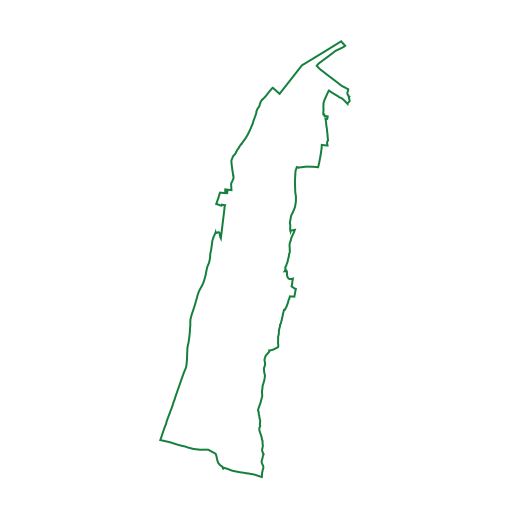 Cernatesti, Dolj, Romania, rotated 274°
{"feature_id": "2599482B72523042760761", "entity_name": "Cernatesti", "entity_type": "district", "adm_level": 2, "iso_a3": "ROU", "parent_name": "Romania", "parent_adm1": "Dolj", "projection": "equal_earth", "projection_center": [23.471, 44.445], "detail": "fine", "context": "isolated", "style": "outline", "palette": "green", "viewbox_px": 512, "rotation_deg": 274, "n_neighbors": 0, "source": "geoboundaries", "source_scale": "gbopen_adm2", "svg_char_len": 6048}
<svg xmlns="http://www.w3.org/2000/svg" viewBox="0 0 512 512"><g transform="rotate(274 256 256)"><path d="M476.1,326.0L465.4,311.1L449.4,288.5L419.4,268.2L425.0,261.0L424.7,260.6L420.9,257.8L416.2,254.6L413.0,252.0L412.8,251.5L412.4,251.4L412.1,251.0L409.9,249.8L408.7,249.6L407.6,249.1L407.0,249.2L406.1,249.0L404.6,248.3L403.1,247.3L400.2,246.3L399.9,246.3L399.0,246.4L398.4,246.2L396.3,245.8L395.7,245.5L393.0,244.8L391.6,244.3L386.8,243.2L384.5,242.3L382.8,241.8L379.4,240.5L378.4,240.0L377.1,239.6L371.6,236.8L370.5,235.9L367.5,234.2L367.3,233.9L367.0,234.0L366.5,233.4L364.8,232.3L361.9,230.9L361.4,230.4L359.9,229.6L359.3,229.4L358.6,229.0L357.7,228.7L356.9,228.4L355.5,227.5L354.0,226.2L349.9,224.9L349.0,224.8L346.7,225.1L341.2,226.2L338.1,226.9L334.7,227.6L334.7,227.8L333.1,228.1L332.1,228.1L331.1,227.9L330.2,227.5L329.2,227.3L327.6,226.5L327.0,226.3L326.4,226.2L325.2,226.2L323.3,226.5L320.0,226.9L320.3,220.7L318.6,220.8L318.6,222.9L318.2,223.0L317.9,222.8L317.5,222.8L316.8,222.9L316.6,222.7L316.7,215.6L311.2,214.4L305.8,212.9L305.1,212.7L304.6,215.1L304.1,216.4L303.8,218.0L304.8,218.3L304.6,219.5L304.7,219.9L304.5,221.6L303.7,221.4L302.8,221.2L300.4,221.2L271.2,219.7L272.7,218.9L276.0,218.1L276.6,217.8L277.0,217.4L277.1,217.0L277.1,216.6L276.4,215.4L276.2,214.9L276.3,214.6L276.5,214.3L277.0,214.1L276.5,214.0L271.2,212.1L268.1,211.4L259.9,210.9L254.4,210.2L251.1,210.3L248.4,210.0L245.6,209.5L242.5,208.4L240.7,208.0L240.1,207.9L237.3,207.5L233.0,207.0L227.7,205.9L225.3,205.2L223.8,204.6L223.3,204.5L218.6,202.3L216.6,201.5L212.5,200.4L209.6,199.9L208.1,199.5L203.6,198.6L196.3,196.8L194.2,196.2L188.8,195.1L186.6,195.0L182.3,195.3L178.8,195.2L175.7,195.3L171.6,195.2L169.1,195.0L168.2,195.0L164.1,194.6L162.6,194.3L159.8,194.0L158.6,194.0L157.1,194.1L154.2,194.1L150.7,194.3L149.4,194.3L147.6,194.4L141.8,194.2L139.7,193.9L133.7,191.9L110.6,185.6L107.5,184.9L103.8,183.8L101.0,183.2L85.2,178.5L82.3,178.0L78.3,176.7L65.7,173.4L64.3,182.7L63.4,186.5L62.3,191.0L61.6,194.5L61.0,198.7L60.3,201.1L59.2,206.8L59.0,209.8L59.0,211.4L58.8,213.5L59.2,218.0L59.4,221.0L59.4,222.0L57.2,226.7L56.4,228.5L55.9,229.5L54.2,230.3L49.4,231.7L48.4,232.1L47.0,232.7L45.0,234.6L44.1,236.0L43.5,237.1L43.0,237.5L41.7,237.8L41.6,238.1L42.4,238.5L42.5,238.9L42.2,240.0L41.6,242.6L40.6,245.8L40.1,247.6L39.8,249.9L39.2,254.6L39.0,257.3L39.0,258.2L38.5,262.6L38.6,263.0L38.4,264.6L38.3,265.2L37.9,269.4L35.9,277.2L36.7,277.3L39.8,277.2L42.8,277.6L45.0,278.1L46.0,278.1L47.6,277.5L49.4,276.5L50.5,276.0L51.2,276.0L52.2,276.0L54.4,276.5L57.2,276.9L58.5,277.4L58.9,277.4L59.2,277.3L59.4,276.7L60.9,276.4L61.4,276.0L62.4,275.6L63.2,275.6L66.3,276.0L67.4,276.1L68.4,275.8L69.7,275.6L71.3,275.5L72.1,275.4L72.8,275.1L73.2,274.7L74.5,274.6L77.9,273.4L79.1,272.8L82.1,271.6L83.1,271.4L84.5,271.3L86.1,271.8L86.3,272.0L86.8,272.0L87.5,271.9L88.2,271.6L91.9,271.7L92.8,271.5L93.9,271.0L94.9,270.7L96.6,270.5L97.3,270.3L97.8,269.8L99.1,269.8L99.7,269.8L100.3,269.5L101.5,269.2L101.7,268.9L102.0,268.8L102.8,268.8L103.7,269.0L110.5,270.9L111.0,270.9L113.0,271.3L114.2,271.5L115.0,271.7L115.8,271.9L116.4,272.0L118.3,271.8L120.4,271.5L122.1,271.4L123.6,271.6L127.1,271.7L129.5,272.3L130.7,272.5L132.2,272.9L134.3,273.1L137.0,273.3L138.3,273.0L140.2,272.4L143.7,271.8L144.7,271.8L145.4,271.9L146.4,272.3L147.9,272.6L149.0,272.6L150.7,272.3L151.9,271.9L153.4,271.7L156.8,272.5L158.0,273.2L161.0,275.6L161.5,275.7L162.7,275.8L162.6,276.2L162.9,277.2L163.9,279.9L166.6,284.4L168.1,284.5L168.9,284.4L170.1,284.1L174.3,283.9L176.6,283.7L177.2,283.7L177.8,283.9L180.1,284.2L182.0,284.1L184.1,284.1L184.8,284.3L185.5,284.4L187.3,284.8L189.0,284.8L189.5,284.9L190.2,285.4L192.1,285.8L193.1,285.9L194.0,286.2L195.5,286.3L199.0,286.9L200.1,286.9L203.3,287.6L204.1,287.6L204.4,288.0L204.4,288.5L205.1,288.9L206.4,289.4L207.7,290.0L211.6,291.1L213.3,291.4L213.9,291.5L214.9,291.8L216.2,292.3L218.1,292.6L218.1,297.1L226.0,298.0L226.1,297.1L226.8,295.9L227.2,295.4L228.1,293.6L231.0,294.0L234.0,294.1L236.0,294.4L235.5,292.8L235.4,291.2L235.8,290.0L237.0,289.1L237.8,288.6L239.3,288.3L242.9,287.9L243.0,287.8L242.9,287.6L242.7,285.6L243.4,286.0L243.9,286.0L244.8,286.6L245.0,286.4L245.6,286.2L246.7,286.0L247.2,286.1L248.3,286.8L250.1,287.1L251.1,287.6L251.5,287.7L252.1,287.7L252.8,288.0L254.5,288.1L257.7,288.8L260.0,288.8L261.4,289.3L262.8,289.4L266.2,289.1L267.9,288.8L270.3,288.7L272.8,289.2L274.3,289.7L275.2,289.7L277.4,290.3L281.5,291.9L284.8,292.9L283.7,288.8L283.0,288.7L284.0,288.3L285.1,288.2L288.9,288.1L290.6,287.6L291.2,287.5L293.1,287.6L294.4,287.8L296.8,288.0L297.8,288.1L298.8,288.3L300.1,288.8L302.6,289.9L306.9,291.3L308.6,291.6L312.0,291.9L313.6,292.0L317.0,291.8L318.5,291.6L322.4,290.7L333.5,289.6L340.6,289.5L343.0,289.5L344.8,289.7L346.1,290.2L346.5,290.4L347.1,290.3L347.7,290.7L347.6,291.2L347.2,291.8L347.0,292.2L347.3,292.9L348.2,297.6L348.5,299.0L348.7,300.6L349.0,307.4L348.9,311.8L353.2,312.5L363.8,313.7L364.7,313.7L362.4,313.5L367.5,313.9L371.4,313.9L371.2,317.2L371.2,319.6L373.7,319.0L374.5,319.0L375.4,319.2L376.3,319.8L377.6,319.6L379.5,319.2L382.5,318.8L385.4,318.2L387.5,317.9L391.4,317.0L394.1,316.6L398.0,315.7L397.8,317.5L400.2,317.8L400.4,316.3L400.5,314.5L400.6,314.4L402.0,314.2L402.0,313.3L402.4,313.3L403.7,313.1L406.2,313.2L409.7,312.8L413.2,312.7L415.3,313.1L417.2,313.7L422.9,315.8L425.1,316.7L426.1,317.2L424.2,320.5L420.8,327.2L420.5,327.4L420.2,328.0L419.5,330.1L419.0,331.1L418.2,332.0L416.9,333.8L416.2,334.4L414.2,336.7L414.5,336.7L414.9,336.8L415.8,337.6L416.5,338.2L417.2,338.6L417.7,338.6L418.1,338.3L419.7,338.0L420.5,337.5L420.8,337.5L421.5,337.9L421.7,337.4L421.9,337.2L422.2,337.0L422.8,336.9L423.0,336.5L423.3,336.2L424.5,335.8L425.3,335.8L425.8,335.8L427.6,336.4L428.0,336.4L428.9,336.3L429.3,334.9L430.1,333.4L431.7,329.6L436.6,322.3L441.8,314.3L445.2,309.3L445.7,308.4L447.3,306.2L449.9,303.3L451.1,304.1L452.6,305.3L460.7,314.8L466.2,321.0L469.2,326.4L470.6,328.7L471.9,330.3L472.8,329.3L473.4,328.9L474.0,327.9L474.8,327.4L475.2,326.7L476.1,326.0Z" fill="none" stroke="#15803d" stroke-width="2"/></g></svg>